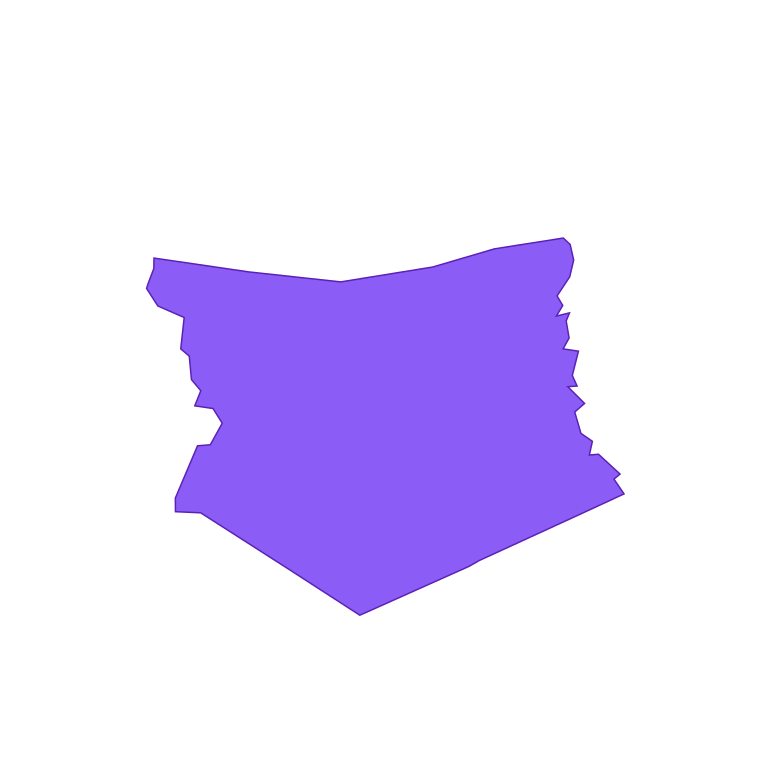 outline of Guadalupe, Texas, United States of America, rotated 32°
{"feature_id": "52423323B15867360599504", "entity_name": "Guadalupe", "entity_type": "district", "adm_level": 2, "iso_a3": "USA", "parent_name": "United States of America", "parent_adm1": "Texas", "projection": "albers", "projection_center": [-97.953, 29.612], "detail": "fine", "context": "isolated", "style": "filled", "palette": "violet", "viewbox_px": 768, "rotation_deg": 32, "n_neighbors": 0, "source": "geoboundaries", "source_scale": "gbopen_adm2", "svg_char_len": 806}
<svg xmlns="http://www.w3.org/2000/svg" viewBox="0 0 768 768"><g transform="rotate(32 384 384)"><path d="M122.2,399.1L127.6,408.0L130.7,423.7L132.0,428.8L150.9,437.7L179.3,433.5L193.0,461.9L204.1,463.6L218.4,482.3L232.2,486.8L235.1,502.8L252.0,495.4L267.6,503.0L268.9,527.6L258.6,535.2L267.5,591.3L274.8,602.8L296.8,590.4L396.4,591.5L486.0,592.9L552.8,493.5L558.4,483.1L621.3,387.5L645.8,350.0L629.4,342.8L631.9,335.3L603.1,329.9L595.8,335.4L591.1,322.2L577.2,321.5L560.6,306.7L564.4,294.2L541.3,288.9L548.8,283.4L539.2,277.0L531.5,253.1L517.3,259.3L516.6,246.9L505.1,234.0L503.6,225.4L494.2,235.0L494.0,222.7L484.1,217.6L484.7,194.7L479.2,178.4L467.9,167.0L458.7,165.2L406.1,210.8L363.1,259.2L361.7,260.4L293.1,320.4L209.9,360.6L122.2,399.1Z" fill="#8b5cf6" stroke="#5b21b6" stroke-width="1.5"/></g></svg>